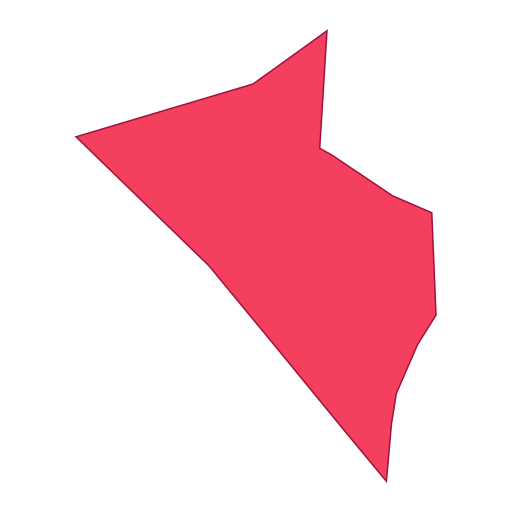 the district of Malhada dos Bois, Sergipe, Brazil
{"feature_id": "56859067B82307883528115", "entity_name": "Malhada dos Bois", "entity_type": "district", "adm_level": 2, "iso_a3": "BRA", "parent_name": "Brazil", "parent_adm1": "Sergipe", "projection": "natural_earth1", "projection_center": [-36.937, -10.335], "detail": "fine", "context": "isolated", "style": "filled", "palette": "rose", "viewbox_px": 512, "rotation_deg": 0, "n_neighbors": 0, "source": "geoboundaries", "source_scale": "gbopen_adm2", "svg_char_len": 355}
<svg xmlns="http://www.w3.org/2000/svg" viewBox="0 0 512 512"><path d="M76.0,136.8L208.8,265.6L240.1,303.6L270.9,340.9L346.5,433.2L386.4,481.3L391.5,423.6L393.7,410.2L396.3,393.5L417.5,344.7L436.0,315.1L431.8,212.8L392.7,195.9L331.6,154.9L319.7,148.3L327.0,30.7L316.1,38.7L253.0,84.0L76.0,136.8Z" fill="#f43f5e" stroke="#9f1239" stroke-width="1.5"/></svg>